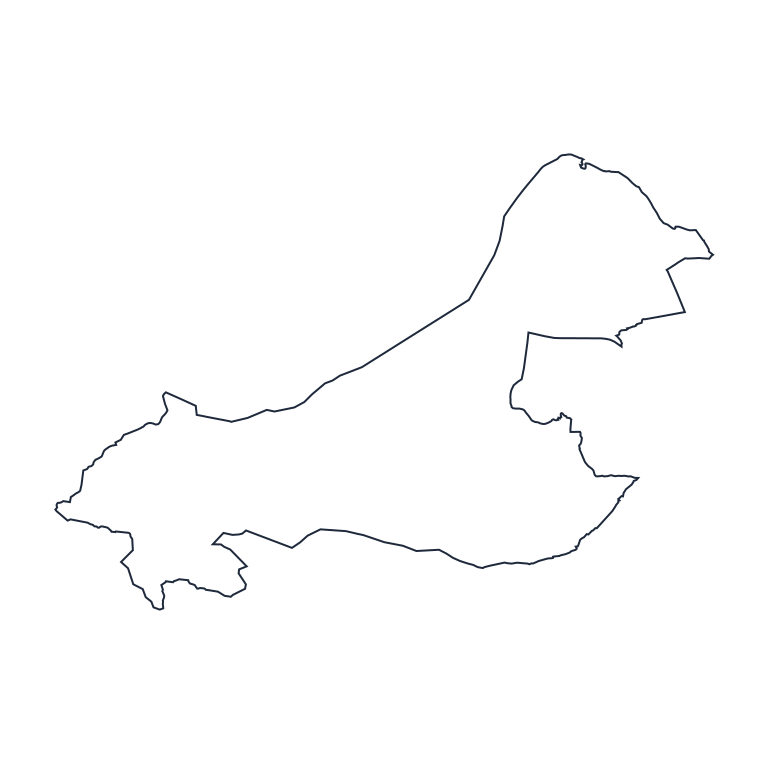 the district of Kpone Katamanso, Greater Accra, Ghana, rotated 276°
{"feature_id": "2480657B63581433334614", "entity_name": "Kpone Katamanso", "entity_type": "district", "adm_level": 2, "iso_a3": "GHA", "parent_name": "Ghana", "parent_adm1": "Greater Accra", "projection": "equal_earth", "projection_center": [-0.063, 5.768], "detail": "fine", "context": "isolated", "style": "outline", "palette": "slate", "viewbox_px": 768, "rotation_deg": 276, "n_neighbors": 0, "source": "geoboundaries", "source_scale": "gbopen_adm2", "svg_char_len": 6134}
<svg xmlns="http://www.w3.org/2000/svg" viewBox="0 0 768 768"><g transform="rotate(276 384 384)"><path d="M262.8,610.7L281.4,624.3L286.6,627.0L288.0,627.5L290.8,629.4L292.2,629.2L292.8,630.4L294.1,629.0L295.4,630.4L296.2,630.9L297.4,632.1L297.2,633.4L300.6,633.7L304.7,635.7L309.8,640.8L312.3,642.1L313.7,642.5L314.9,645.0L317.1,646.6L316.9,643.1L318.0,638.8L317.6,637.2L317.9,633.1L317.3,629.3L317.3,627.2L316.5,623.6L316.6,621.9L316.8,621.3L317.0,619.2L315.8,616.2L315.1,612.5L315.6,610.6L315.1,609.2L314.5,606.2L314.4,604.7L315.2,603.5L315.8,603.0L319.9,601.3L321.2,599.9L323.9,595.5L327.4,592.0L339.7,585.2L340.2,585.5L342.3,584.7L343.4,584.5L344.6,585.6L346.4,586.2L350.9,586.5L353.2,584.7L355.0,584.7L355.5,584.6L355.9,584.6L356.4,584.3L356.9,583.9L355.8,574.5L358.7,574.1L367.4,573.9L368.2,574.0L369.5,572.4L369.6,570.1L369.7,569.2L370.9,568.6L371.2,568.1L371.3,566.9L371.6,566.3L372.6,565.4L373.4,564.5L373.6,563.6L373.1,563.0L372.1,562.9L369.5,563.7L368.8,562.4L368.2,562.5L368.4,561.5L368.7,561.3L368.7,561.0L367.8,561.1L367.4,560.4L366.9,560.4L366.5,560.8L366.0,559.5L365.9,558.4L366.2,557.1L366.6,556.2L366.2,555.3L365.7,554.8L364.7,554.4L362.9,551.8L361.3,548.8L360.9,547.0L361.0,544.5L361.2,543.5L362.0,541.0L362.0,538.3L362.9,535.6L363.5,534.5L367.1,531.5L370.3,528.2L372.3,526.5L373.2,524.9L373.7,521.4L373.3,517.3L373.4,514.8L374.4,513.3L375.5,513.1L378.1,511.8L382.4,511.4L384.0,511.0L387.8,510.9L391.2,511.3L396.3,513.1L400.4,517.1L403.1,520.4L414.2,521.5L440.5,522.3L450.3,522.3L448.3,539.1L447.6,548.7L448.0,554.4L452.1,595.2L452.1,599.8L451.7,604.1L450.2,608.7L446.0,616.3L448.1,616.0L449.1,616.4L452.1,614.8L453.5,613.2L455.8,610.8L456.3,610.0L457.8,612.8L460.1,612.6L460.8,613.1L462.2,614.4L463.0,619.1L464.0,620.5L464.8,620.0L465.6,622.7L466.1,623.4L466.9,625.2L467.3,625.7L467.2,626.4L468.1,628.3L469.1,628.5L469.5,629.3L470.2,629.5L470.5,630.6L471.8,633.8L475.0,634.2L475.6,635.1L475.7,637.0L487.0,675.7L505.1,666.0L525.8,654.3L527.0,653.2L533.7,661.6L535.7,663.9L540.5,670.3L540.5,673.0L541.6,680.3L542.2,683.9L542.6,694.4L545.6,696.2L546.9,697.7L548.9,694.5L549.7,693.4L552.1,692.8L554.4,691.2L559.0,687.6L560.1,687.3L560.3,686.3L569.7,678.0L568.8,672.1L569.3,668.8L571.3,660.7L570.9,657.5L570.4,657.3L569.8,657.5L569.1,657.3L568.7,656.8L568.8,655.0L572.1,649.5L573.2,645.3L577.2,641.0L582.7,637.4L587.6,633.4L592.1,630.4L596.0,627.4L598.3,625.3L601.7,620.4L606.4,617.0L607.0,614.3L609.6,610.3L614.2,604.8L619.3,594.9L619.1,593.4L618.8,587.3L619.3,586.0L619.1,585.2L618.6,582.3L618.6,581.8L618.9,581.3L618.7,580.4L619.2,578.7L620.2,575.9L621.0,574.2L623.7,567.1L624.2,565.7L624.6,563.8L624.4,561.5L623.4,561.2L622.6,561.7L620.8,561.9L620.0,561.9L619.3,561.6L619.0,560.7L619.3,559.1L619.9,557.3L622.3,556.2L622.0,557.6L622.9,558.4L623.9,558.3L625.2,557.2L625.6,557.5L627.7,557.8L628.2,558.7L629.0,557.0L629.1,555.2L629.5,553.8L629.9,552.8L631.8,546.2L631.7,545.0L631.5,543.2L631.0,541.2L630.7,540.5L630.5,538.7L630.0,537.0L629.5,536.1L628.3,534.7L625.9,532.9L618.4,521.4L616.5,519.1L614.1,517.3L610.8,515.2L599.5,507.5L592.3,502.7L583.1,497.0L572.4,490.9L563.3,486.0L553.3,485.4L538.4,484.0L523.6,480.2L476.6,459.7L398.4,360.2L387.7,339.3L382.1,332.5L378.5,325.3L366.2,313.5L357.8,306.7L351.3,297.3L345.2,278.0L346.0,270.1L336.0,251.9L330.4,236.0L330.8,234.7L332.8,211.1L333.1,208.2L333.7,201.0L341.0,199.4L342.6,199.1L347.6,184.2L352.9,167.9L350.9,166.2L349.0,165.4L341.3,168.3L335.2,171.4L332.6,170.3L330.9,169.2L329.5,168.1L329.2,167.8L327.9,166.9L326.4,166.3L323.1,165.4L321.5,164.5L320.5,163.6L319.9,161.7L319.9,160.8L320.5,158.8L320.8,156.7L320.7,155.0L320.2,153.2L318.4,150.6L316.7,149.4L315.9,148.4L315.6,147.7L315.2,147.4L314.8,146.7L314.5,146.3L313.0,143.9L308.0,134.4L306.2,130.6L301.0,128.1L297.8,123.0L295.4,124.0L294.3,120.1L293.2,117.9L292.3,116.7L289.4,113.4L288.1,112.5L282.7,110.9L282.2,110.6L280.1,107.7L278.4,104.9L276.1,103.5L275.3,103.3L273.7,103.2L272.2,102.0L271.7,101.4L270.9,99.1L270.5,98.7L270.0,98.4L269.1,98.1L268.4,97.6L268.0,96.9L267.1,95.1L266.6,94.0L252.2,93.7L246.2,93.0L245.3,92.3L244.6,91.6L243.0,89.2L239.7,85.5L238.9,84.4L233.7,84.0L234.0,77.3L233.2,76.2L232.6,75.5L232.0,74.0L231.7,72.2L231.3,71.7L230.1,71.1L229.4,71.1L228.9,71.1L227.7,71.6L227.0,71.8L225.5,70.9L224.8,70.3L223.3,71.7L215.1,83.6L216.6,86.4L215.1,103.8L213.9,106.6L213.6,108.6L213.4,109.3L212.5,110.4L212.2,110.9L212.2,113.1L211.2,114.5L211.3,115.6L211.8,116.2L212.1,116.4L212.8,117.6L212.9,118.9L212.3,123.9L211.9,124.6L209.6,127.7L208.8,128.2L208.5,128.7L208.7,130.2L208.6,132.3L209.3,132.7L209.3,145.3L209.2,145.9L208.7,146.8L208.3,147.2L206.0,147.8L204.9,148.6L203.6,149.8L192.5,151.6L179.5,141.1L174.0,148.7L158.6,155.6L154.8,165.5L147.1,169.3L143.2,175.4L137.8,178.1L136.2,184.5L137.8,187.9L139.1,187.7L142.0,187.0L144.6,187.0L145.5,186.7L148.6,187.5L150.1,187.6L151.0,187.4L152.5,186.4L153.0,186.3L154.8,185.2L156.3,185.6L160.8,183.6L164.1,187.5L165.0,187.7L164.8,194.9L166.1,195.8L166.6,197.3L168.4,200.7L168.4,209.8L167.1,210.2L165.3,211.9L164.7,215.3L164.1,217.0L163.6,217.4L162.5,218.1L162.1,218.7L161.0,219.6L161.0,220.5L161.8,222.1L161.9,223.6L161.9,225.6L161.8,226.9L160.7,228.4L160.6,231.8L160.1,240.6L156.7,247.6L156.4,253.9L158.5,255.8L165.8,267.2L170.3,267.6L180.5,259.2L184.5,259.3L188.3,266.5L203.3,248.4L205.4,242.0L207.4,238.7L206.7,230.5L219.1,239.9L218.1,249.1L219.2,255.4L220.4,258.7L223.9,262.1L211.4,309.6L217.8,317.2L225.2,323.9L232.8,336.0L233.7,361.5L232.1,374.1L231.6,379.2L226.7,400.9L225.1,419.7L221.3,433.7L224.9,456.1L224.2,457.8L221.9,463.7L219.7,468.1L218.5,470.3L216.0,477.8L214.3,485.7L213.4,491.6L212.0,495.4L211.6,496.9L211.3,501.5L212.4,503.1L214.4,508.5L219.0,522.6L218.7,525.0L218.7,529.7L220.1,534.7L220.2,535.6L220.4,545.8L219.9,547.3L221.0,549.4L221.1,551.1L224.2,556.5L227.6,565.1L228.2,568.6L228.6,570.2L229.2,570.5L229.9,570.2L230.2,570.9L231.3,576.4L232.1,577.6L233.8,582.4L235.9,586.5L236.9,587.2L237.7,588.5L239.0,591.7L239.8,592.6L240.8,592.8L242.3,591.7L242.8,593.6L243.5,594.0L249.7,595.4L251.7,597.6L252.6,599.0L255.9,601.3L255.7,603.0L259.7,606.1L260.2,607.2L262.8,609.3L262.8,610.7Z" fill="none" stroke="#1e293b" stroke-width="2"/></g></svg>